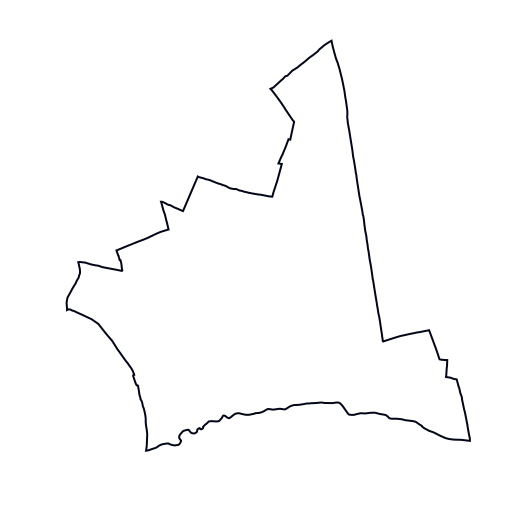 Phasi Charoen, Bangkok Metropolis, Thailand, rotated 174°
{"feature_id": "78962969B24631471480950", "entity_name": "Phasi Charoen", "entity_type": "district", "adm_level": 2, "iso_a3": "THA", "parent_name": "Thailand", "parent_adm1": "Bangkok Metropolis", "projection": "orthographic", "projection_center": [100.442, 13.718], "detail": "fine", "context": "isolated", "style": "outline", "palette": "ink", "viewbox_px": 512, "rotation_deg": 174, "n_neighbors": 0, "source": "geoboundaries", "source_scale": "gbopen_adm2", "svg_char_len": 5931}
<svg xmlns="http://www.w3.org/2000/svg" viewBox="0 0 512 512"><g transform="rotate(174 256 256)"><path d="M224.2,420.7L224.0,420.4L223.7,420.2L223.4,419.9L222.0,417.7L218.2,411.4L214.4,404.7L214.0,403.8L212.9,401.8L211.4,398.7L205.6,387.8L205.0,386.8L204.3,386.0L204.1,385.6L204.1,385.0L204.4,384.5L209.8,368.1L211.5,368.7L215.2,361.2L218.0,356.1L219.2,353.8L220.2,352.4L224.0,345.7L220.7,344.8L226.9,328.8L232.0,317.4L233.4,313.8L233.4,313.5L233.8,313.2L235.3,313.7L236.7,313.9L245.0,316.5L246.8,316.8L253.9,318.8L256.8,319.7L259.2,320.6L261.1,321.2L263.2,322.2L265.6,322.9L268.2,324.4L269.1,324.8L269.6,324.7L271.8,325.1L274.6,326.0L276.9,327.4L278.2,328.5L281.1,329.9L281.7,329.9L283.1,330.9L285.6,331.9L287.5,332.8L289.2,333.7L289.5,333.9L291.0,334.6L292.1,335.2L292.4,335.5L294.8,336.6L298.0,337.7L298.3,337.7L298.5,337.9L299.6,338.6L304.7,340.5L305.4,340.9L305.6,341.1L323.9,308.3L326.7,309.8L327.9,310.6L332.6,313.1L335.2,315.0L336.6,315.7L337.5,315.9L338.2,316.3L339.1,316.8L340.9,318.2L343.8,319.8L344.8,319.9L344.5,318.5L343.2,310.5L342.2,306.5L341.6,301.5L340.9,297.3L340.8,296.0L340.4,292.9L340.2,291.5L347.6,290.1L350.5,289.3L353.2,288.4L358.6,286.5L361.6,285.4L366.3,284.0L371.4,282.7L382.7,279.5L394.2,276.1L393.0,271.1L392.6,270.3L392.7,270.1L392.0,266.2L391.5,266.2L391.3,266.2L390.9,264.3L390.7,262.1L390.7,257.8L390.5,255.5L390.9,255.2L397.3,257.2L409.3,260.8L410.4,261.2L412.9,262.4L414.0,262.9L414.6,263.0L416.2,263.4L420.5,264.7L426.6,267.3L432.0,268.5L433.4,268.4L432.9,265.1L433.0,264.9L432.6,262.0L432.6,260.3L432.6,259.0L433.0,256.8L433.3,256.3L433.8,255.5L434.3,254.0L434.6,253.2L435.0,252.5L436.6,250.5L438.5,247.2L439.5,246.1L443.0,241.4L443.3,240.8L447.7,234.5L448.0,233.8L449.1,230.0L449.3,228.7L449.4,224.1L449.6,222.0L448.4,222.5L447.7,222.5L446.7,222.3L445.8,221.9L444.7,221.1L444.0,220.8L443.6,220.7L442.2,220.0L440.2,218.7L435.7,216.1L426.1,210.3L420.8,205.7L419.8,204.8L414.1,195.7L409.5,188.9L408.5,187.6L407.7,186.2L405.9,182.6L403.3,177.2L402.9,176.7L396.6,165.5L395.0,163.1L391.6,157.0L390.5,154.4L389.5,150.5L390.6,150.1L390.7,149.8L390.7,149.4L389.1,142.3L388.5,140.6L388.2,139.9L387.9,139.7L387.2,139.7L386.9,139.3L386.8,138.2L386.8,137.9L386.5,132.8L386.5,130.9L386.3,129.5L385.7,126.4L385.8,125.5L385.2,124.4L384.8,123.3L384.4,121.1L384.2,118.2L383.6,116.3L383.4,115.2L382.9,111.4L382.9,110.4L382.7,109.1L382.7,105.1L383.0,103.2L383.1,99.6L382.8,93.8L382.8,90.1L383.0,88.8L384.4,79.2L385.4,74.7L385.7,73.9L383.8,73.9L378.2,75.2L376.8,75.4L374.8,76.1L373.6,76.7L371.8,77.7L370.1,78.2L369.4,78.5L365.4,78.8L363.0,78.8L361.4,77.8L358.9,76.7L356.5,76.1L353.0,76.3L352.1,76.7L350.9,78.0L350.1,79.3L349.8,80.3L350.3,80.9L351.2,82.6L351.4,83.2L351.3,84.1L350.8,85.6L349.6,87.0L347.6,88.8L346.7,89.5L345.8,89.8L343.9,90.1L342.0,90.3L341.5,90.3L341.0,89.9L339.4,87.4L338.7,86.8L338.2,86.5L336.3,86.0L335.7,86.0L335.0,86.2L334.5,86.4L333.3,87.2L333.1,87.4L332.5,89.4L332.1,89.8L331.4,90.3L330.2,90.7L329.8,90.5L329.4,89.6L328.9,89.4L328.2,89.5L327.4,89.8L326.7,90.3L326.5,90.8L326.5,91.6L326.1,92.0L323.4,94.1L322.9,94.3L321.8,95.1L320.4,96.3L320.1,96.4L319.6,96.4L317.5,96.4L315.0,96.0L312.8,95.6L310.7,95.6L310.0,95.7L309.3,96.3L307.1,98.3L305.7,100.3L305.1,100.7L304.7,100.7L303.2,100.1L302.6,99.3L301.1,98.1L300.0,97.6L299.6,97.5L299.3,97.6L298.1,98.2L295.4,100.0L294.0,100.8L293.1,101.2L291.4,101.5L290.0,101.5L289.1,101.3L285.2,99.9L282.6,99.1L279.5,98.8L273.7,99.4L273.3,99.7L271.3,99.7L269.8,99.6L266.7,100.0L264.4,100.8L260.7,102.5L260.2,102.5L259.6,102.5L256.8,101.9L255.9,101.6L255.0,101.4L248.2,101.6L244.4,100.6L243.2,100.5L242.7,100.5L237.7,103.0L236.2,103.4L233.5,103.8L229.9,103.5L225.7,103.6L221.1,104.0L218.6,103.8L216.5,103.8L211.8,103.5L206.4,103.5L203.0,102.6L200.1,102.3L195.4,101.7L191.5,101.9L189.5,101.6L188.5,101.2L187.8,100.7L186.0,98.5L185.5,97.7L184.6,96.1L181.9,91.2L180.9,89.5L180.0,88.6L179.5,88.4L177.6,88.0L175.8,87.8L174.8,87.8L172.7,88.2L168.4,88.7L164.5,88.1L163.1,88.0L158.9,88.1L154.6,87.8L153.1,87.4L151.4,86.7L149.5,86.0L146.2,85.1L143.9,84.4L143.0,83.8L141.7,82.5L140.9,81.4L140.3,80.8L138.7,80.1L137.4,79.9L132.7,79.4L128.1,78.4L126.0,77.6L124.3,77.0L117.2,75.4L114.5,74.4L111.0,71.4L108.8,69.7L108.7,69.0L106.7,67.2L102.2,64.1L97.8,62.0L95.7,60.7L94.1,59.6L91.9,58.2L91.3,57.7L89.3,56.7L87.7,55.7L85.6,54.7L82.7,53.7L78.3,52.7L71.6,51.8L69.1,51.3L66.2,50.6L62.6,49.8L62.4,51.6L62.5,53.3L62.8,55.8L63.3,62.7L63.5,66.8L64.6,79.1L65.0,81.2L65.8,88.9L66.1,92.0L66.0,93.5L66.3,95.2L66.9,97.5L67.1,98.3L67.8,104.2L68.1,104.7L69.3,112.3L69.5,112.4L71.6,112.9L73.3,113.6L75.1,114.6L79.7,115.8L79.6,116.2L79.4,116.4L79.4,116.7L78.1,124.2L77.5,126.8L76.7,132.5L78.3,132.7L82.2,133.4L84.3,134.1L86.4,143.7L91.6,164.1L95.4,163.7L96.0,163.7L101.1,163.2L104.4,163.1L107.3,162.7L110.2,162.5L119.0,161.5L120.3,161.4L126.7,160.2L138.5,157.7L138.8,158.3L138.8,160.7L139.0,163.0L138.9,163.8L139.3,171.2L139.5,176.8L139.8,182.3L140.3,186.3L140.4,189.5L140.8,195.1L140.8,196.3L141.6,209.7L142.1,219.9L142.3,220.3L142.4,225.3L142.8,234.3L143.3,240.6L143.6,249.2L143.8,251.1L143.9,255.0L143.9,255.3L144.2,260.7L144.2,264.3L144.6,268.3L144.8,270.7L144.8,272.2L144.8,273.4L144.9,274.3L144.9,280.2L145.1,284.5L145.5,285.8L145.5,288.0L145.9,293.8L146.3,298.4L146.5,300.8L146.9,304.9L147.7,321.6L147.8,327.0L148.0,327.8L148.2,333.3L148.6,340.6L149.0,344.9L149.1,351.4L150.1,369.3L150.1,370.1L150.8,379.1L150.7,381.9L150.8,384.2L150.2,388.5L150.0,391.0L150.3,400.9L150.6,404.4L150.8,411.0L151.6,419.6L152.1,424.2L153.2,431.9L153.4,433.3L154.3,437.9L154.6,439.7L155.6,443.0L155.6,443.7L155.9,444.5L156.2,446.3L156.8,449.8L157.7,455.6L158.0,458.0L158.4,462.2L160.5,461.3L165.7,458.7L171.6,454.7L173.0,453.2L173.9,452.6L177.7,450.2L182.3,447.6L187.0,444.3L192.9,440.7L194.7,439.4L197.6,437.9L199.6,437.0L200.7,436.4L205.6,432.3L206.0,432.0L208.0,431.7L210.7,429.3L212.4,428.2L221.0,421.8L222.9,421.1L223.5,421.0L224.2,420.7Z" fill="none" stroke="#020617" stroke-width="2"/></g></svg>